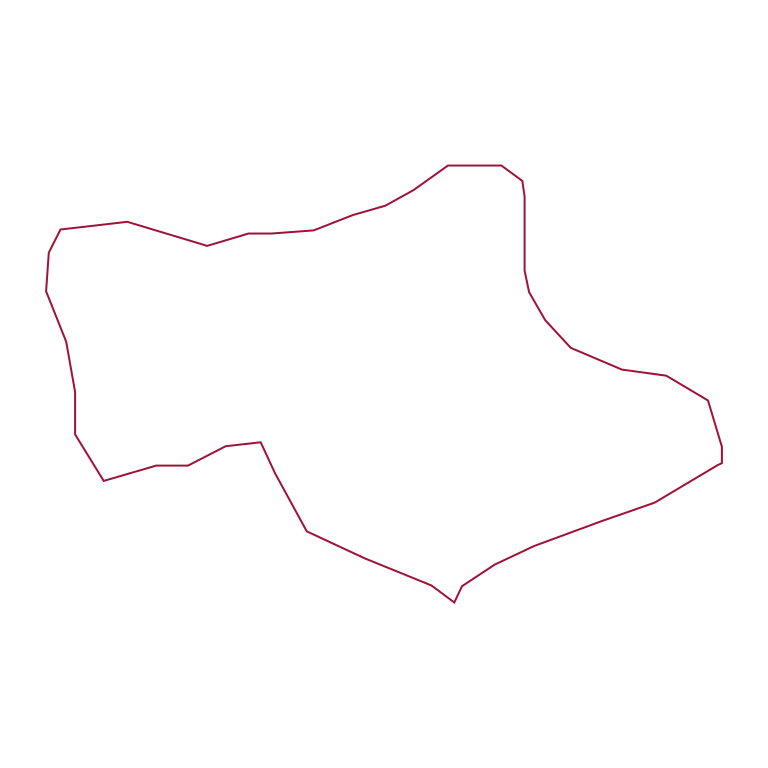 the Statistical Region of Plasnica
{"feature_id": "MKD-2902", "entity_name": "Plasnica", "entity_type": "Statistical Region", "adm_level": 1, "iso_a3": "MKD", "parent_name": "North Macedonia", "parent_adm1": "", "projection": "albers", "projection_center": [21.117, 41.443], "detail": "fine", "context": "isolated", "style": "outline", "palette": "rose", "viewbox_px": 768, "rotation_deg": 0, "n_neighbors": 0, "source": "natural_earth", "source_scale": "10m", "svg_char_len": 685}
<svg xmlns="http://www.w3.org/2000/svg" viewBox="0 0 768 768"><path d="M501.3,165.5L522.3,180.9L524.6,196.4L524.6,233.5L524.6,270.7L529.1,292.2L545.2,320.2L570.8,347.9L621.9,369.6L666.3,375.7L708.0,400.5L721.9,446.8L721.9,463.1L717.0,465.5L654.7,502.6L601.4,521.2L534.1,546.0L494.7,564.6L462.0,586.2L454.3,602.5L431.5,585.5L364.6,558.3L306.8,531.4L275.0,473.2L260.7,442.3L225.7,446.2L188.0,465.6L184.0,465.6L156.2,465.6L103.7,480.9L75.1,434.4L75.1,392.0L66.2,341.7L46.1,291.3L48.8,252.6L60.5,229.5L127.2,221.8L205.6,245.4L207.0,245.9L248.6,233.5L271.9,233.5L313.6,230.4L353.0,215.0L385.3,205.7L413.5,190.1L448.0,165.5L501.3,165.5Z" fill="none" stroke="#9f1239" stroke-width="2"/></svg>